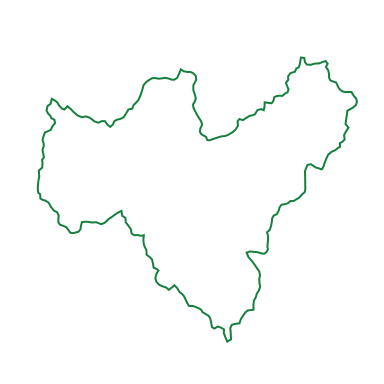 Pará de Minas, Minas Gerais, Brazil, rotated 6°
{"feature_id": "56859067B11787427214632", "entity_name": "Pará de Minas", "entity_type": "district", "adm_level": 2, "iso_a3": "BRA", "parent_name": "Brazil", "parent_adm1": "Minas Gerais", "projection": "natural_earth1", "projection_center": [-44.604, -19.846], "detail": "fine", "context": "isolated", "style": "outline", "palette": "green", "viewbox_px": 384, "rotation_deg": 6, "n_neighbors": 0, "source": "geoboundaries", "source_scale": "gbopen_adm2", "svg_char_len": 4187}
<svg xmlns="http://www.w3.org/2000/svg" viewBox="0 0 384 384"><g transform="rotate(6 192 192)"><path d="M41.9,214.4L44.6,215.5L47.3,215.9L50.7,217.8L53.4,221.7L56.7,225.0L59.8,226.1L61.9,229.3L61.9,232.8L62.2,236.0L64.1,238.3L67.1,239.0L70.7,240.1L73.0,242.7L75.3,245.3L78.1,245.3L81.0,244.3L83.3,243.4L85.0,240.7L85.1,237.1L85.7,233.5L88.4,232.8L91.3,232.6L95.8,232.8L99.8,232.1L102.5,232.8L105.1,233.5L108.3,231.8L110.2,229.7L112.1,227.4L114.3,225.7L117.0,223.2L120.0,220.6L123.8,218.2L125.2,223.1L128.6,224.8L129.2,228.9L132.4,232.4L135.0,235.2L136.3,239.5L139.1,241.0L142.6,240.5L145.7,240.9L148.6,240.1L148.6,244.3L149.4,248.5L150.5,251.2L152.7,254.5L153.5,259.3L156.4,260.9L159.3,263.3L160.8,267.7L161.8,271.4L164.7,272.1L166.8,273.6L165.2,277.2L164.5,281.8L166.2,285.2L168.7,287.5L171.9,288.8L175.9,289.5L179.2,291.7L181.9,289.1L184.3,286.6L187.2,289.0L190.3,293.0L192.9,294.5L195.0,296.6L196.7,299.3L198.5,302.4L201.0,305.7L204.7,305.3L207.5,305.9L210.8,306.9L213.3,308.0L215.0,310.4L218.2,311.9L221.2,313.2L223.2,315.5L224.7,319.7L225.9,324.1L228.4,325.5L231.7,323.1L234.9,323.8L238.2,325.3L238.3,328.8L240.2,332.6L242.7,337.1L246.2,334.5L245.7,331.2L245.0,326.8L244.3,323.4L245.4,320.0L248.7,318.6L252.9,317.7L253.9,313.2L255.7,309.8L257.6,306.2L259.8,304.0L262.7,303.3L265.5,302.6L264.9,297.6L264.9,293.5L266.4,290.3L267.1,286.4L268.8,282.9L269.7,278.9L268.7,276.0L268.0,271.7L268.3,267.6L267.1,263.8L264.5,260.9L262.0,257.9L259.4,255.0L254.9,250.8L252.7,246.6L255.7,245.1L259.0,245.1L263.3,245.0L267.4,245.8L270.2,245.9L272.3,244.1L273.5,241.2L272.7,238.3L272.7,234.9L272.6,231.3L272.3,227.9L270.8,224.2L273.3,221.6L274.2,217.3L274.5,213.1L274.5,209.6L275.8,206.8L278.6,205.3L280.0,202.2L280.8,197.9L282.3,195.3L285.6,194.4L288.6,193.1L290.8,190.7L294.0,190.4L296.3,188.6L299.3,186.3L301.9,182.6L304.1,180.4L304.4,177.1L303.8,172.4L303.2,167.1L302.7,163.3L302.2,159.5L302.9,156.6L304.1,153.0L307.3,151.9L310.1,153.4L312.5,154.7L315.5,155.2L318.7,156.0L320.2,152.7L321.0,148.5L322.1,144.8L323.5,140.7L326.6,137.4L329.9,135.6L332.4,133.1L334.6,131.6L333.9,128.0L336.3,126.4L338.3,123.8L337.3,119.4L338.8,115.7L340.9,111.6L337.6,108.4L337.7,103.6L338.0,98.6L338.0,94.9L340.7,93.1L343.5,91.0L346.0,88.2L346.6,84.9L345.4,81.7L342.8,79.5L340.2,75.9L337.1,76.2L333.7,76.6L331.1,76.2L328.8,74.9L326.9,73.1L325.4,70.5L323.8,68.0L320.6,67.3L317.8,66.5L316.3,63.7L315.9,60.0L314.7,56.7L312.1,53.6L313.5,50.2L311.1,47.8L308.3,49.1L304.7,50.9L301.0,51.4L296.6,53.1L293.0,53.3L290.7,51.0L289.7,47.0L286.3,46.9L286.0,50.7L285.8,53.9L285.2,56.8L282.8,58.3L281.8,61.6L277.5,63.5L275.5,66.9L276.0,70.4L274.0,73.6L275.7,77.0L277.3,79.9L276.6,82.8L274.1,84.5L272.0,86.9L269.1,87.1L266.3,87.7L263.8,89.2L263.5,92.6L261.9,95.5L258.3,95.4L254.9,95.2L255.2,99.5L254.8,103.2L252.0,102.3L248.5,103.8L246.5,108.1L243.9,109.5L241.2,110.3L238.3,112.6L235.1,115.2L231.5,114.5L229.9,117.0L230.8,121.2L228.9,125.2L226.3,128.1L222.7,130.9L219.1,132.9L215.8,133.5L212.1,135.0L207.4,137.1L204.3,138.7L201.8,138.8L200.2,135.8L197.8,134.7L195.2,133.5L193.5,131.2L193.7,127.7L195.1,123.8L193.5,120.5L190.4,116.6L187.7,112.8L185.9,110.3L184.5,107.7L183.9,104.8L185.3,101.7L186.0,98.5L184.5,94.5L182.6,90.4L182.2,85.6L184.5,80.1L183.5,75.9L180.5,73.6L177.8,72.8L174.6,73.1L171.1,72.8L168.1,71.2L166.9,75.4L165.4,80.0L162.6,82.2L160.0,82.4L156.8,81.6L153.3,81.2L150.1,82.2L146.9,82.8L143.5,82.5L140.2,83.1L137.6,85.1L135.0,87.4L132.7,90.7L131.8,96.0L131.1,99.4L130.2,102.6L129.2,105.9L127.6,108.3L125.0,111.4L123.7,115.5L120.2,116.5L118.1,121.1L116.3,124.7L113.3,126.7L109.9,127.9L107.4,129.6L106.3,133.1L103.9,135.8L100.4,133.5L98.2,130.7L95.0,130.9L91.5,132.9L87.5,131.9L84.8,130.1L81.5,128.5L78.5,127.9L74.8,129.2L69.9,127.7L66.0,124.9L62.9,122.3L59.1,119.7L56.4,123.3L53.9,122.6L50.9,120.0L48.8,117.1L46.3,115.5L42.8,114.0L42.3,118.9L39.4,121.6L38.8,126.1L40.6,129.0L43.0,130.8L44.4,133.3L47.6,134.5L48.6,137.8L46.2,141.5L45.0,145.0L42.2,146.7L39.6,148.1L38.6,151.7L37.9,155.9L39.2,158.6L39.8,161.8L38.9,165.7L40.2,170.0L41.1,173.0L39.5,175.6L40.3,178.5L40.5,183.4L37.4,186.7L38.5,192.5L38.1,196.6L38.1,200.2L38.2,204.3L39.1,208.7L41.2,210.2L41.9,214.4Z" fill="none" stroke="#15803d" stroke-width="2"/></g></svg>